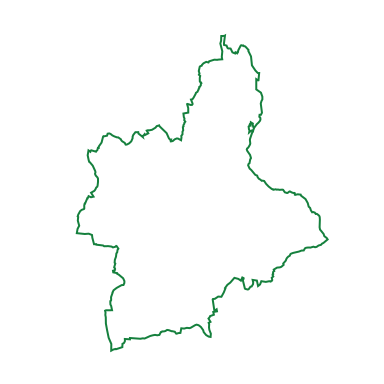 Zalau, Salaj, Romania (Natural Earth projection), rotated 257°
{"feature_id": "2599482B75306965992647", "entity_name": "Zalau", "entity_type": "district", "adm_level": 2, "iso_a3": "ROU", "parent_name": "Romania", "parent_adm1": "Salaj", "projection": "natural_earth1", "projection_center": [23.08, 47.176], "detail": "fine", "context": "isolated", "style": "outline", "palette": "green", "viewbox_px": 384, "rotation_deg": 257, "n_neighbors": 0, "source": "geoboundaries", "source_scale": "gbopen_adm2", "svg_char_len": 5954}
<svg xmlns="http://www.w3.org/2000/svg" viewBox="0 0 384 384"><g transform="rotate(257 192 192)"><path d="M175.1,276.3L175.2,275.1L175.8,274.2L175.9,271.7L176.5,271.5L176.9,270.5L180.1,267.9L183.3,266.0L186.5,264.8L187.2,263.3L187.2,262.5L188.8,261.3L189.9,260.1L191.7,259.3L193.3,259.2L194.5,257.5L200.1,254.7L201.9,253.4L205.4,252.7L206.7,253.5L207.1,254.5L210.8,256.1L211.4,256.9L212.0,257.1L215.1,256.9L219.6,255.1L221.0,254.9L222.0,255.5L222.3,256.3L223.2,257.4L225.2,259.2L226.2,259.7L229.7,260.1L230.7,260.5L236.2,263.9L237.1,265.0L237.8,265.3L238.6,264.7L238.2,263.0L237.2,261.1L239.1,261.9L240.2,261.6L243.0,261.9L243.2,262.4L244.7,263.4L243.8,264.0L246.7,265.0L245.0,266.7L243.8,266.2L239.8,266.5L240.7,267.1L243.5,270.4L244.7,272.5L246.2,274.4L247.6,275.1L249.2,275.2L250.1,274.5L252.0,275.2L251.7,276.5L253.5,278.0L262.7,278.9L264.9,280.1L266.4,281.4L269.1,282.0L273.3,281.5L277.5,277.7L287.5,280.0L285.9,281.5L285.9,281.9L292.8,284.2L293.0,283.1L293.4,282.7L296.1,281.1L301.9,278.9L310.8,280.0L316.8,278.6L317.7,279.0L321.4,276.9L322.1,276.3L322.4,275.4L323.2,275.0L323.2,274.1L323.8,273.5L323.8,272.5L319.7,269.0L317.9,268.2L318.1,267.8L317.0,267.1L318.3,265.8L317.3,265.2L318.0,264.1L319.0,262.8L323.0,261.9L323.3,261.4L323.7,259.6L324.4,259.0L326.9,258.6L328.1,256.3L329.7,256.6L337.0,259.3L336.8,258.6L337.4,255.6L332.9,254.4L330.3,253.0L322.3,253.2L316.9,251.4L314.5,251.3L315.1,247.2L315.1,246.3L315.9,243.5L315.5,238.1L314.5,237.2L315.6,235.1L314.8,232.1L313.6,230.3L312.9,229.9L312.7,228.3L312.3,227.7L308.3,225.8L305.8,226.0L304.7,225.1L303.3,226.1L301.3,225.2L298.0,224.5L297.2,224.8L296.7,225.5L296.0,225.6L295.9,225.1L294.0,224.6L292.8,223.3L292.6,222.6L291.9,222.6L291.2,221.8L290.3,221.5L289.8,220.8L288.5,220.0L287.7,218.1L286.9,217.7L283.6,214.8L282.3,213.3L282.3,211.8L278.4,212.4L277.6,212.4L276.9,211.7L277.0,210.5L278.8,207.5L278.7,207.0L274.6,207.2L270.2,206.2L270.4,201.3L266.8,200.9L265.3,201.2L263.7,200.6L262.0,201.3L261.1,200.1L260.3,199.9L259.0,198.6L257.8,198.5L257.3,197.7L254.1,197.3L252.9,196.3L250.3,195.7L249.1,194.2L247.5,194.0L244.9,193.0L247.2,190.4L247.6,189.2L247.2,187.0L246.0,184.7L246.0,183.2L246.1,182.7L246.8,182.7L247.8,183.3L247.9,182.5L249.4,181.6L255.1,180.5L263.4,175.1L264.3,175.0L264.1,172.4L262.9,170.9L261.6,167.0L261.7,164.3L262.1,162.8L262.0,161.7L259.0,162.6L258.1,159.0L259.0,158.8L257.8,157.3L257.8,156.2L256.8,156.3L261.0,153.0L262.4,153.1L263.0,150.3L260.8,147.6L259.3,146.6L257.7,146.2L255.0,144.2L253.5,141.6L252.9,139.1L253.1,138.0L255.0,137.5L257.1,135.4L258.3,134.7L259.3,134.6L261.8,132.4L262.1,131.2L263.6,128.9L265.1,127.1L266.9,125.7L267.7,124.5L267.8,122.9L266.0,121.9L266.0,119.0L266.3,118.3L265.9,117.8L260.5,115.0L257.3,111.4L255.9,111.0L256.1,110.2L254.1,109.2L253.7,108.6L253.6,108.0L252.9,107.5L255.3,103.2L255.1,102.6L254.1,102.0L255.8,100.5L251.2,98.6L246.4,98.5L244.5,98.6L244.1,99.1L240.0,101.2L234.2,102.4L233.0,102.4L231.5,101.6L229.7,101.9L227.4,103.2L226.1,103.4L223.0,102.7L219.6,101.5L218.5,100.9L217.9,99.7L216.1,98.3L215.1,97.1L214.0,93.5L209.6,95.0L209.6,92.4L211.2,90.3L209.3,88.9L209.5,88.6L204.9,85.3L205.1,85.1L204.7,84.7L203.2,84.0L200.1,83.3L199.7,82.9L199.4,80.5L198.5,78.7L195.6,76.1L193.9,75.1L193.3,75.5L189.8,74.3L184.5,74.5L181.8,72.2L177.8,70.5L175.2,78.1L174.6,82.0L172.6,84.9L169.9,84.6L163.2,84.8L162.7,86.9L162.2,86.9L159.9,93.3L158.9,94.2L158.1,98.2L156.9,101.4L155.8,102.5L155.9,104.9L156.5,106.0L156.2,106.4L153.3,107.5L152.3,106.4L150.0,105.5L149.2,104.5L146.1,103.4L143.3,101.6L140.5,100.7L139.6,101.2L136.1,99.2L134.9,99.8L134.1,99.3L133.6,99.5L132.8,98.8L133.0,97.3L131.4,97.2L129.8,100.8L129.1,100.7L128.0,102.0L123.4,105.5L120.4,106.1L118.5,105.6L116.8,104.3L117.1,102.5L115.5,97.0L113.9,93.5L112.1,92.0L111.9,92.1L107.8,89.5L104.9,88.9L104.3,88.5L104.2,88.0L103.5,87.7L100.7,87.2L99.2,87.6L94.8,87.5L96.1,81.5L95.9,80.6L93.9,80.6L91.7,79.9L89.3,79.8L83.2,78.5L76.7,78.2L68.7,78.0L62.1,79.2L55.6,77.6L56.2,79.9L56.3,82.1L55.9,82.5L56.5,89.2L59.7,90.1L60.1,91.6L61.0,92.5L61.8,93.1L63.9,93.5L62.4,98.4L63.7,98.7L60.6,108.7L60.5,111.1L59.9,112.9L61.1,118.9L61.2,121.5L61.1,123.8L60.2,126.0L60.1,128.1L62.5,130.1L62.4,130.8L62.9,131.6L62.5,133.1L62.5,134.7L63.2,136.7L62.6,138.3L60.9,140.9L60.8,141.5L59.7,143.8L57.6,144.7L57.4,145.2L57.6,146.9L57.3,149.0L61.6,150.9L60.7,153.6L60.8,156.4L59.9,159.0L60.0,160.2L61.6,165.3L61.7,166.7L60.7,168.5L58.5,170.3L54.9,171.8L52.8,171.9L49.4,173.6L47.3,175.8L46.6,177.5L49.7,178.5L53.7,177.9L56.2,178.1L59.3,179.0L60.8,178.8L61.3,180.8L65.0,179.6L66.0,181.0L67.0,181.7L67.5,185.7L70.3,185.7L70.1,189.5L72.2,189.6L71.6,188.0L71.4,187.1L71.6,187.1L82.7,188.0L83.0,188.3L82.8,190.3L84.2,194.0L83.3,197.1L87.0,200.4L90.6,202.9L91.0,202.6L93.6,205.6L95.1,208.9L98.8,214.0L96.9,217.6L94.6,219.7L97.4,221.8L96.5,222.9L95.9,222.8L94.6,221.7L86.1,221.8L85.6,222.1L84.4,224.5L84.6,225.4L86.6,227.7L86.5,228.8L88.4,230.7L90.2,231.3L92.7,231.3L91.1,235.3L85.5,235.2L86.6,237.5L89.5,239.5L87.8,243.7L87.7,247.2L87.0,248.5L87.5,249.1L87.5,249.8L88.2,250.4L90.5,250.4L91.4,252.2L93.1,251.8L93.8,252.7L94.5,252.5L96.1,253.3L96.5,254.4L98.0,254.2L99.2,257.9L98.8,260.7L99.0,262.2L100.4,264.9L101.8,264.8L104.0,267.9L105.8,269.1L106.6,270.0L107.4,271.3L107.9,272.9L109.2,273.8L109.6,274.5L109.9,276.9L109.9,282.8L110.3,285.6L109.9,287.7L111.7,289.4L112.0,290.6L111.8,292.6L111.2,294.9L111.4,298.0L110.5,299.5L110.5,301.1L111.4,303.3L111.5,305.8L112.4,307.0L112.8,308.6L115.3,313.5L116.9,312.9L119.2,311.0L121.5,310.8L126.6,308.3L128.9,308.4L136.4,310.4L138.9,310.8L140.2,310.6L142.1,309.2L142.7,308.5L142.8,307.6L144.3,307.0L145.2,305.6L145.2,304.5L145.5,304.4L147.4,303.7L149.9,303.5L151.5,302.4L155.2,302.3L159.6,301.0L163.2,298.0L164.0,297.4L165.0,297.3L166.0,294.4L166.0,291.9L166.2,291.6L167.7,291.9L168.0,291.7L168.2,290.7L169.1,289.1L170.5,287.6L170.6,287.1L169.6,284.9L169.7,284.3L170.8,282.4L173.6,281.3L174.0,280.5L174.4,277.8L175.1,276.3Z" fill="none" stroke="#15803d" stroke-width="2"/></g></svg>